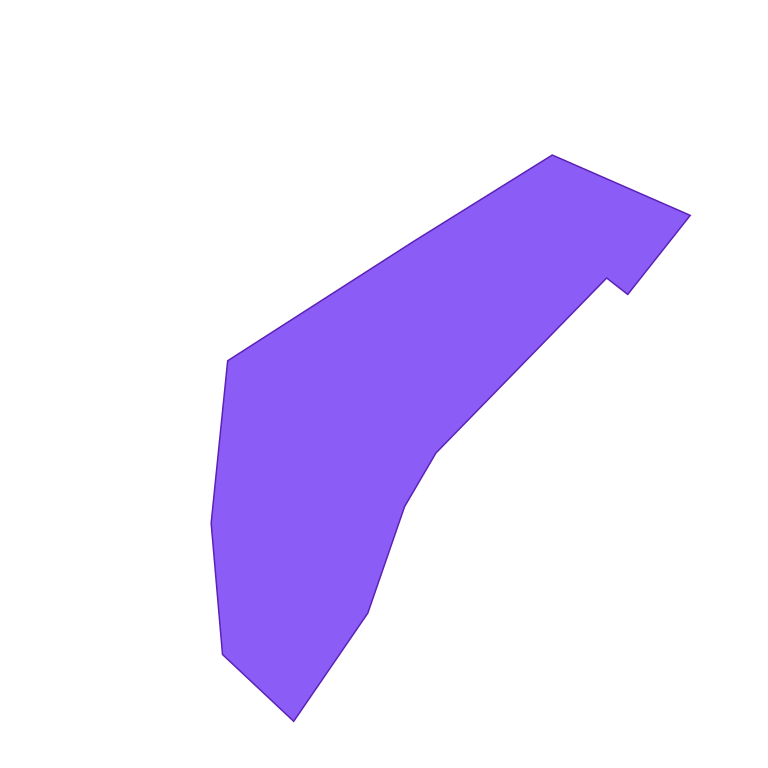 Galway, Robinson projection, rotated 308°
{"feature_id": "IRL-5568", "entity_name": "Galway", "entity_type": "City", "adm_level": 1, "iso_a3": "IRL", "parent_name": "Ireland", "parent_adm1": "", "projection": "robinson", "projection_center": [-9.01, 53.297], "detail": "fine", "context": "isolated", "style": "filled", "palette": "violet", "viewbox_px": 768, "rotation_deg": 308, "n_neighbors": 0, "source": "natural_earth", "source_scale": "10m", "svg_char_len": 325}
<svg xmlns="http://www.w3.org/2000/svg" viewBox="0 0 768 768"><g transform="rotate(308 384 384)"><path d="M604.6,520.9L604.6,494.2L361.6,467.4L300.1,475.7L193.5,512.3L62.6,520.5L71.4,423.3L167.9,333.5L306.1,246.5L514.5,319.5L668.0,375.6L705.4,521.5L604.6,520.9Z" fill="#8b5cf6" stroke="#5b21b6" stroke-width="1.5"/></g></svg>